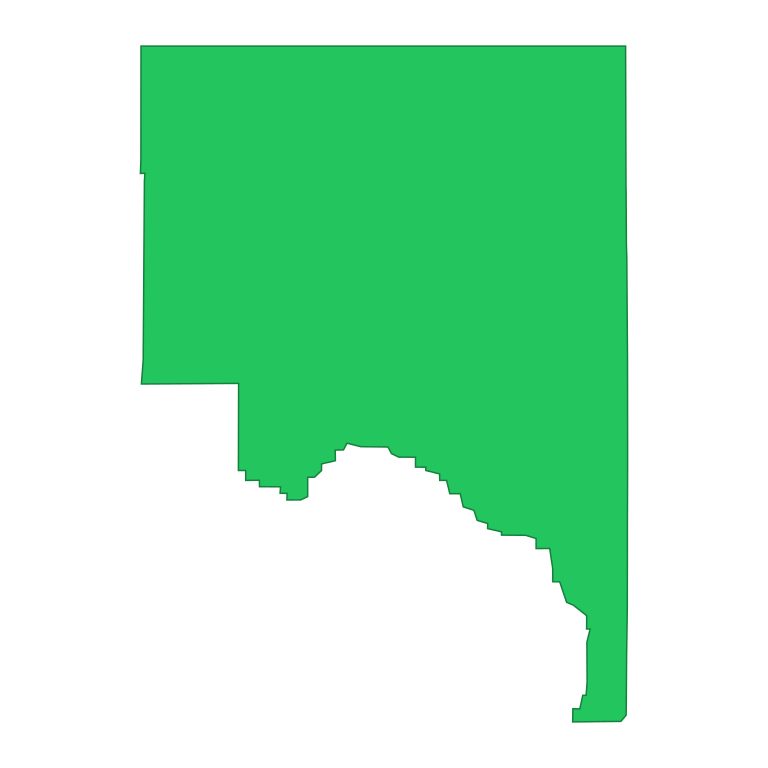 Lassen, California, United States of America
{"feature_id": "52423323B86430023400928", "entity_name": "Lassen", "entity_type": "district", "adm_level": 2, "iso_a3": "USA", "parent_name": "United States of America", "parent_adm1": "California", "projection": "natural_earth1", "projection_center": [-120.457, 40.446], "detail": "fine", "context": "isolated", "style": "filled", "palette": "green", "viewbox_px": 768, "rotation_deg": 0, "n_neighbors": 0, "source": "geoboundaries", "source_scale": "gbopen_adm2", "svg_char_len": 1209}
<svg xmlns="http://www.w3.org/2000/svg" viewBox="0 0 768 768"><path d="M626.1,715.2L626.2,709.8L626.4,688.8L626.4,688.4L626.6,656.0L627.3,607.9L627.4,555.0L627.4,552.6L627.4,546.0L627.4,530.1L627.6,467.7L627.6,467.2L627.6,440.8L627.6,440.5L627.5,359.0L626.8,257.8L626.4,244.6L626.1,191.5L626.1,190.8L626.0,188.2L625.6,46.1L443.1,46.1L141.0,46.1L140.9,160.1L140.4,173.5L144.9,173.2L144.4,181.1L143.2,360.1L141.4,384.0L238.6,383.4L238.4,470.5L245.7,470.5L245.7,480.4L259.4,480.3L259.5,486.7L280.5,486.8L280.1,493.3L287.1,493.4L286.9,500.0L300.8,499.9L307.7,496.6L307.7,477.3L314.5,477.2L321.5,470.6L321.6,463.9L335.4,460.7L335.2,450.1L343.5,449.9L347.0,443.2L360.9,446.7L388.0,447.0L391.5,453.6L398.7,457.1L415.5,457.2L415.5,467.1L425.8,467.2L425.8,470.5L439.6,473.9L439.7,480.4L446.6,480.4L449.8,493.7L460.2,493.7L463.3,506.9L473.9,510.3L477.2,520.4L487.7,523.5L487.6,528.6L501.5,531.8L501.5,535.1L525.7,535.3L536.1,538.5L536.1,548.6L549.7,548.5L552.7,568.4L552.8,581.8L559.7,581.8L566.6,602.3L573.4,605.2L586.7,615.7L586.6,629.0L590.1,629.0L586.9,642.3L587.1,682.2L586.1,695.3L582.8,695.3L579.8,708.9L572.9,708.7L572.7,721.9L620.9,721.4L626.1,715.2Z" fill="#22c55e" stroke="#15803d" stroke-width="1.5"/></svg>